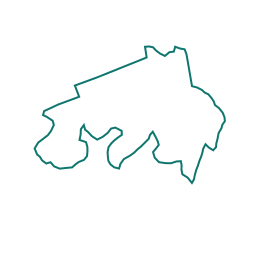 Arvoredo, Santa Catarina, Brazil, rotated 252°
{"feature_id": "56859067B69184854266350", "entity_name": "Arvoredo", "entity_type": "district", "adm_level": 2, "iso_a3": "BRA", "parent_name": "Brazil", "parent_adm1": "Santa Catarina", "projection": "orthographic", "projection_center": [-52.454, -27.062], "detail": "fine", "context": "isolated", "style": "outline", "palette": "teal", "viewbox_px": 256, "rotation_deg": 252, "n_neighbors": 0, "source": "geoboundaries", "source_scale": "gbopen_adm2", "svg_char_len": 1593}
<svg xmlns="http://www.w3.org/2000/svg" viewBox="0 0 256 256"><g transform="rotate(252 128 128)"><path d="M166.5,51.2L163.8,54.1L158.2,58.6L153.8,58.4L148.9,53.8L145.9,49.5L143.6,43.0L141.9,38.1L137.4,32.9L130.9,33.4L127.9,35.3L123.7,36.3L119.5,39.3L119.4,43.7L114.3,45.9L110.5,50.4L109.1,56.9L107.8,62.7L109.7,67.0L110.9,70.7L111.3,76.3L113.9,80.3L118.0,82.1L122.5,83.5L127.6,83.7L131.6,78.2L136.6,81.0L141.4,82.8L144.4,86.9L139.7,86.7L136.5,88.8L131.3,91.2L126.5,95.1L127.4,101.2L129.6,107.2L132.7,111.7L132.3,116.1L127.2,121.1L123.4,120.0L122.0,115.4L120.5,111.3L118.6,107.5L115.9,103.6L111.3,101.1L106.5,99.9L102.8,99.2L98.8,100.1L94.9,102.7L92.2,107.0L96.1,109.6L99.7,114.4L101.1,121.4L102.7,126.4L104.8,130.5L106.5,134.9L109.0,139.8L111.3,144.3L114.7,146.9L116.8,150.4L111.1,151.5L106.1,152.2L102.4,152.0L100.1,148.7L97.4,144.4L91.6,144.2L85.9,146.9L83.0,152.8L81.2,158.0L81.2,163.8L80.1,168.0L76.1,167.5L72.0,166.0L67.2,165.4L62.4,169.4L56.0,171.8L58.7,174.8L62.6,177.0L67.0,179.9L70.5,182.8L74.6,185.7L78.0,188.6L81.5,191.1L84.9,193.0L88.6,196.7L84.5,198.8L80.5,202.1L82.6,205.8L86.0,207.2L89.7,209.6L95.3,212.7L98.8,216.7L102.0,218.8L104.5,222.2L108.2,223.1L113.2,222.8L118.8,220.7L123.0,217.8L126.8,217.8L130.9,216.6L135.3,214.8L137.8,212.0L141.3,210.1L145.2,206.2L148.0,201.8L179.9,206.4L185.3,206.2L187.6,201.9L190.7,198.0L186.5,195.2L187.3,190.8L185.1,185.4L188.8,181.6L192.8,178.7L197.0,176.8L199.0,173.3L200.0,169.3L189.3,167.5L188.0,148.5L187.6,142.4L185.7,114.4L184.8,90.6L172.8,91.2L171.9,69.0L170.0,53.4L166.5,51.2Z" fill="none" stroke="#0f766e" stroke-width="2"/></g></svg>